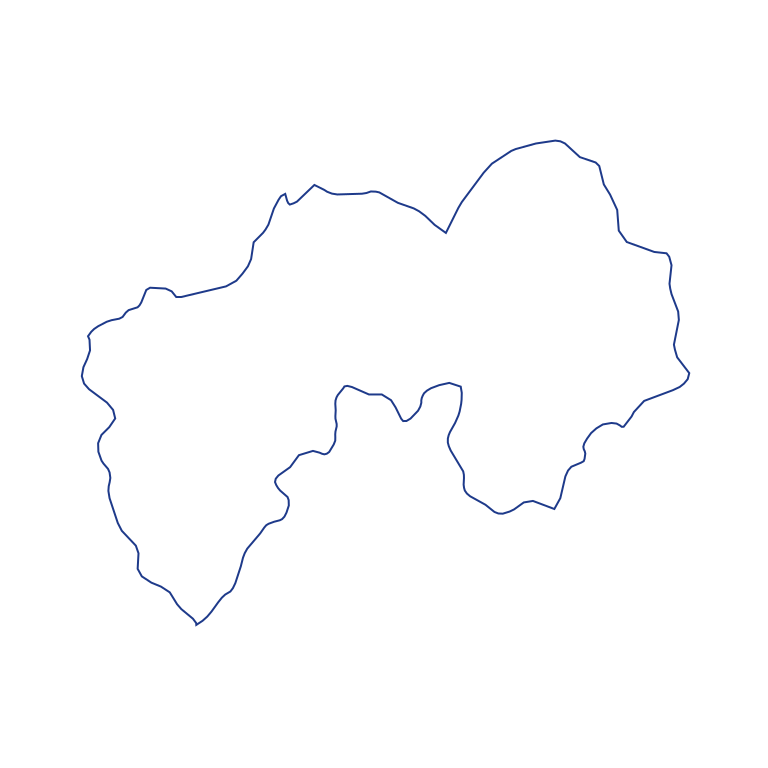 the border of Nuristan, rotated 189°
{"feature_id": "AFG-1761", "entity_name": "Nuristan", "entity_type": "Province", "adm_level": 1, "iso_a3": "AFG", "parent_name": "Afghanistan", "parent_adm1": "", "projection": "equal_earth", "projection_center": [70.816, 35.467], "detail": "fine", "context": "isolated", "style": "outline", "palette": "blue", "viewbox_px": 768, "rotation_deg": 189, "n_neighbors": 0, "source": "natural_earth", "source_scale": "10m", "svg_char_len": 3244}
<svg xmlns="http://www.w3.org/2000/svg" viewBox="0 0 768 768"><g transform="rotate(189 384 384)"><path d="M531.7,116.7L532.1,118.5L536.0,122.3L548.9,129.9L553.9,134.1L563.0,144.7L572.6,149.0L582.7,151.4L593.1,156.1L598.4,162.9L600.0,178.4L603.8,185.5L620.0,198.0L625.2,205.1L637.2,228.3L639.5,235.3L639.9,240.0L639.6,244.1L639.6,248.4L641.2,253.7L643.3,257.0L648.6,261.5L651.0,264.1L655.5,272.4L657.1,280.8L655.1,289.5L648.6,298.4L644.1,307.9L647.5,316.0L654.7,322.3L674.5,332.7L680.3,337.5L683.7,344.5L683.5,353.6L681.1,362.2L679.6,371.2L681.8,381.7L683.8,384.9L681.3,389.8L678.9,393.0L675.3,396.4L667.6,402.1L663.1,404.4L655.7,407.1L652.7,409.3L650.2,414.1L647.8,417.0L639.4,421.2L637.8,423.4L636.5,426.6L633.5,439.7L630.1,442.5L614.6,444.1L608.2,442.3L602.8,437.4L597.9,438.2L555.3,455.7L546.0,462.9L541.0,470.9L536.8,479.0L534.8,486.6L534.9,503.6L527.1,514.4L525.2,518.0L523.1,523.3L520.2,540.1L516.9,549.6L515.1,553.4L511.3,556.3L508.4,549.9L506.9,547.7L505.1,546.5L501.6,548.3L498.5,550.5L483.9,569.7L473.2,566.3L470.3,565.0L465.2,563.9L459.8,563.9L435.5,568.5L431.2,569.9L427.1,572.1L422.2,572.7L418.6,572.5L398.6,565.1L382.1,562.1L376.4,560.1L369.5,556.5L358.9,549.1L346.5,542.9L338.1,569.6L335.6,575.9L318.6,608.3L311.9,618.5L294.8,634.1L290.6,636.7L271.6,645.3L252.9,651.2L247.8,651.3L242.9,649.9L226.0,638.7L209.6,635.9L205.5,633.0L198.1,615.5L190.3,606.4L180.9,592.4L176.1,572.2L166.4,562.2L137.7,556.7L125.4,557.3L122.2,554.3L118.6,546.3L117.7,527.7L116.2,522.9L114.1,517.8L104.8,501.6L102.8,493.4L103.8,468.2L102.0,463.4L98.6,456.2L84.2,442.5L84.8,436.3L87.8,431.3L91.5,427.3L97.7,423.1L124.4,408.0L132.8,395.4L134.4,390.6L140.6,379.3L142.5,378.9L144.5,380.0L148.1,381.3L153.2,381.1L161.5,378.3L167.3,373.4L171.8,367.9L174.9,361.8L176.9,356.7L177.3,353.2L176.5,350.9L175.2,349.0L174.3,346.8L174.2,341.4L174.7,339.0L177.1,337.1L186.0,331.6L188.7,327.3L190.4,321.1L192.0,298.8L196.2,287.2L218.6,291.8L227.4,288.9L235.9,280.5L239.9,277.7L246.4,274.5L250.8,274.0L254.9,274.9L264.9,280.6L281.4,286.6L285.0,288.8L287.5,291.4L288.7,294.0L289.6,297.0L290.3,303.6L290.9,306.8L292.1,310.1L307.7,328.7L310.3,332.8L311.8,336.2L312.4,340.1L312.1,343.6L311.3,346.9L307.7,356.6L305.6,364.5L305.0,368.7L304.7,376.4L304.9,380.5L305.8,387.4L307.8,393.4L319.7,395.3L329.3,391.5L336.9,387.2L340.5,384.2L343.0,381.1L343.9,378.6L344.5,376.1L344.6,373.7L344.2,371.3L344.6,367.4L346.2,362.9L352.4,354.0L356.0,351.0L359.3,350.4L361.6,352.4L368.9,362.7L374.5,369.1L384.5,373.3L397.2,371.3L415.2,376.0L419.9,376.4L422.7,375.4L423.6,373.3L427.9,365.9L428.8,363.4L429.3,360.2L429.0,356.8L427.6,350.5L427.0,344.7L426.5,342.1L424.5,337.1L424.1,334.7L424.5,329.5L424.3,326.7L423.7,323.4L423.3,320.4L424.2,316.4L427.5,308.3L429.6,306.2L431.9,305.2L434.3,305.4L436.9,306.1L443.7,306.8L456.9,300.4L463.7,287.2L474.0,277.1L476.1,273.5L476.3,270.1L474.6,267.3L472.4,264.7L469.9,262.5L461.6,257.3L460.0,254.4L459.0,249.1L460.2,241.7L461.6,237.4L463.5,234.6L465.6,233.1L470.9,230.8L476.1,227.9L478.2,226.1L479.8,223.5L482.9,217.1L493.3,200.0L495.1,195.1L496.1,190.3L496.9,181.5L499.7,164.0L501.3,158.7L503.3,155.0L507.9,151.2L510.7,147.6L513.6,142.5L518.8,132.2L522.2,126.6L526.2,121.7L531.7,116.7L531.7,116.7Z" fill="none" stroke="#1e3a8a" stroke-width="2"/></g></svg>